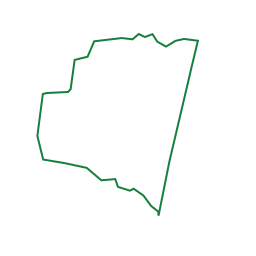 the district of Franklin, North Carolina, United States of America, rotated 345°
{"feature_id": "52423323B24761978339557", "entity_name": "Franklin", "entity_type": "district", "adm_level": 2, "iso_a3": "USA", "parent_name": "United States of America", "parent_adm1": "North Carolina", "projection": "mercator", "projection_center": [-78.269, 36.042], "detail": "fine", "context": "isolated", "style": "outline", "palette": "green", "viewbox_px": 256, "rotation_deg": 345, "n_neighbors": 0, "source": "geoboundaries", "source_scale": "gbopen_adm2", "svg_char_len": 580}
<svg xmlns="http://www.w3.org/2000/svg" viewBox="0 0 256 256"><g transform="rotate(345 128 128)"><path d="M117.8,35.5L107.4,48.7L94.1,48.4L82.7,75.5L79.5,77.7L58.2,73.1L54.5,73.2L38.4,112.2L37.9,136.5L57.6,145.5L77.8,155.8L88.7,171.6L102.4,174.0L103.1,182.3L113.6,189.0L117.7,188.1L125.4,197.2L130.2,209.4L135.6,216.6L134.9,220.0L134.8,220.5L135.0,220.2L158.8,172.1L163.0,164.2L202.7,90.3L202.8,90.0L218.1,61.8L205.2,56.5L196.5,56.1L185.8,59.2L178.7,52.3L175.9,43.7L167.9,44.5L162.7,40.0L155.4,43.5L145.2,39.5L117.8,35.5Z" fill="none" stroke="#15803d" stroke-width="2"/></g></svg>